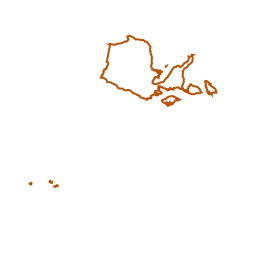 Seram Bagian Barat, Maluku, Indonesia (orthographic projection), rotated 207°
{"feature_id": "22746128B92585048181027", "entity_name": "Seram Bagian Barat", "entity_type": "district", "adm_level": 2, "iso_a3": "IDN", "parent_name": "Indonesia", "parent_adm1": "Maluku", "projection": "orthographic", "projection_center": [128.082, -2.474], "detail": "fine", "context": "isolated", "style": "outline", "palette": "amber", "viewbox_px": 256, "rotation_deg": 207, "n_neighbors": 0, "source": "geoboundaries", "source_scale": "gbopen_adm2", "svg_char_len": 6014}
<svg xmlns="http://www.w3.org/2000/svg" viewBox="0 0 256 256"><g transform="rotate(207 128 128)"><path d="M175.0,160.6L172.5,161.4L170.7,161.5L169.3,161.1L167.2,159.6L166.4,159.8L165.1,160.6L163.6,160.9L162.4,160.6L158.6,160.9L156.9,160.5L155.6,159.4L154.0,159.1L150.6,160.7L149.0,160.2L147.4,160.3L146.4,160.9L145.7,161.7L144.3,162.3L142.3,162.3L140.1,161.4L139.4,161.6L138.8,161.4L136.0,161.9L134.7,161.6L132.9,162.2L132.1,161.8L132.1,161.3L130.4,160.9L129.3,161.4L128.2,161.3L127.9,161.6L126.5,161.7L126.0,161.9L124.0,161.7L123.8,162.4L124.3,163.0L124.1,163.4L122.8,163.6L122.4,164.5L121.0,165.3L121.2,166.3L122.2,166.8L121.5,168.0L119.6,169.9L116.9,170.1L116.1,171.1L116.2,171.8L116.8,172.4L118.4,172.0L119.8,171.0L120.2,171.3L120.1,172.2L120.5,173.6L117.4,175.3L118.0,175.7L118.1,176.4L117.8,176.2L117.6,176.6L117.8,176.4L117.8,177.1L118.8,178.2L119.3,177.8L119.4,178.3L119.8,178.5L119.8,179.2L119.0,179.2L118.5,179.6L117.2,179.4L116.3,180.0L114.7,179.6L113.2,179.9L112.7,180.2L112.2,179.9L111.7,180.2L110.3,179.8L110.1,179.9L110.5,180.4L110.0,180.8L109.7,180.4L110.3,180.3L110.0,180.1L109.9,179.6L108.7,180.5L108.4,181.4L107.9,181.7L107.9,182.6L108.5,182.6L108.6,182.8L107.6,182.8L107.5,182.5L107.1,182.8L106.7,182.5L106.2,182.9L105.7,182.7L105.3,183.3L105.0,183.2L105.2,184.6L104.2,184.9L103.6,185.8L102.4,186.5L101.1,187.2L99.5,186.5L98.4,187.1L97.5,187.2L96.6,186.9L95.9,187.1L96.2,187.8L98.2,188.9L98.9,189.9L99.0,193.7L99.3,194.6L100.2,195.8L100.3,197.0L102.8,198.9L103.3,199.7L104.1,202.5L105.0,204.0L104.7,205.7L104.9,206.4L103.9,207.7L102.9,209.4L102.6,212.0L101.6,213.6L100.8,215.9L101.8,219.1L103.0,220.5L103.3,222.0L103.1,222.6L103.4,222.4L104.4,222.2L104.2,221.2L104.4,220.5L105.2,219.6L106.5,219.2L105.4,217.7L105.1,215.6L105.2,213.9L105.9,213.3L107.3,211.1L107.5,209.4L108.5,206.7L109.2,205.9L110.4,206.6L111.3,206.5L112.5,205.5L112.6,204.5L114.6,203.0L114.7,201.8L115.3,199.9L115.0,199.1L115.4,198.0L114.9,197.3L115.4,196.0L115.1,195.5L115.7,194.5L115.9,192.3L115.7,191.6L116.0,191.3L116.1,190.2L116.5,189.7L117.0,188.0L117.1,186.0L117.7,184.8L119.4,183.8L120.6,181.9L122.4,180.6L122.7,179.9L123.8,179.3L125.7,179.1L126.2,179.5L126.7,179.4L127.2,180.4L127.2,182.4L126.7,183.2L127.3,184.4L126.7,185.2L126.8,185.7L125.9,186.4L124.8,186.0L124.7,185.6L124.7,186.6L124.5,187.0L124.8,187.7L124.3,187.9L123.6,187.3L123.8,188.2L124.2,188.6L124.1,189.3L123.5,189.7L124.4,189.3L124.6,189.6L123.7,190.8L124.7,191.4L124.6,191.8L125.3,193.1L125.9,193.6L126.3,192.6L126.7,192.7L126.9,192.2L127.4,192.4L126.5,190.7L127.1,190.8L127.6,191.6L128.1,191.6L129.0,192.3L129.3,192.2L129.1,191.7L129.3,191.6L129.8,192.1L130.2,192.2L130.9,191.6L130.7,191.2L131.7,190.6L131.2,191.2L131.4,191.5L132.2,191.5L132.9,191.0L133.2,191.2L133.3,192.2L135.1,193.0L135.4,193.7L135.9,194.8L135.8,196.5L136.9,197.2L137.4,199.0L138.2,200.2L138.7,202.0L140.0,203.1L140.5,204.1L141.7,204.6L142.6,206.0L142.7,206.7L144.0,207.6L144.8,210.5L145.5,211.1L146.5,211.4L147.5,212.3L148.9,212.5L149.6,213.1L150.6,213.3L152.3,212.7L153.5,213.3L155.0,213.1L156.4,212.3L159.5,211.5L161.3,210.4L162.1,210.7L163.1,210.6L163.6,211.0L168.1,211.0L170.1,209.4L170.1,208.9L167.8,207.3L168.1,206.3L167.9,205.7L168.2,205.0L169.2,204.0L169.7,203.9L172.3,200.6L175.9,198.0L177.2,196.4L180.4,195.1L181.8,194.9L182.7,194.2L181.9,194.3L181.6,193.5L176.9,177.2L175.4,177.3L174.9,176.3L174.5,174.2L174.8,173.5L174.1,171.9L174.2,170.7L173.9,170.2L174.7,170.8L175.0,170.7L175.0,169.9L175.7,169.3L175.4,168.9L175.8,168.2L175.1,167.1L175.4,166.8L174.7,165.3L174.7,164.1L175.2,163.6L174.8,163.0L175.1,161.9L174.9,161.7L175.0,160.6ZM89.3,186.6L87.5,187.2L86.9,186.9L85.8,187.3L83.2,189.4L82.6,190.3L80.0,191.5L78.7,193.1L80.2,193.7L82.0,195.3L84.7,196.0L87.1,195.6L88.4,195.0L90.4,195.0L91.8,195.6L92.2,195.4L92.3,194.9L91.9,193.9L92.7,192.5L92.6,190.6L91.8,189.4L92.5,189.5L92.6,189.2L90.9,188.2L90.2,187.1L89.3,186.6ZM103.4,165.9L102.4,166.2L102.4,166.6L102.9,166.8L103.3,166.6L104.5,167.4L104.8,168.4L103.4,167.9L102.6,169.2L101.8,169.3L101.9,169.6L101.6,169.4L101.7,169.7L100.7,170.0L99.4,170.1L99.5,170.8L98.8,171.5L98.5,173.0L98.6,173.9L97.2,175.0L96.5,174.9L95.1,176.5L96.1,176.3L96.6,176.8L97.2,176.6L98.1,177.0L99.1,176.5L99.5,176.8L100.7,176.7L100.5,176.9L100.7,177.0L102.5,176.8L103.3,176.5L106.1,174.2L106.9,173.1L107.4,171.2L110.2,168.5L110.1,167.9L109.1,166.9L107.4,166.8L105.8,167.1L104.4,166.6L103.4,165.9ZM73.0,195.6L72.4,195.8L72.3,196.4L71.9,196.3L71.9,196.5L71.1,195.9L69.5,196.5L68.7,196.0L69.1,196.8L69.0,197.7L67.9,198.5L65.6,199.3L65.7,200.1L65.9,200.0L67.4,202.1L70.2,202.9L72.3,202.9L73.9,203.5L75.4,203.6L75.9,204.6L76.8,205.4L78.1,205.3L78.9,205.6L80.3,205.2L80.5,204.8L80.4,204.3L78.5,202.9L78.1,202.0L78.2,201.0L77.5,200.0L77.3,199.9L76.6,200.1L75.8,198.6L75.0,198.2L74.7,197.5L73.9,197.2L73.4,196.5L73.8,196.5L73.7,196.4L72.9,196.7L72.6,196.4L73.3,195.9L73.0,195.6ZM103.4,167.3L102.9,166.9L102.9,167.1L101.1,167.7L99.4,169.2L99.1,169.9L100.3,169.9L101.0,169.3L102.1,169.1L102.3,168.6L103.1,168.1L103.4,167.3ZM94.4,186.6L91.4,186.6L90.5,186.9L91.0,187.8L91.5,187.6L92.5,187.7L93.2,188.4L93.7,188.0L93.0,187.0L93.9,187.1L94.1,187.7L95.7,187.0L94.4,186.6ZM190.1,33.5L189.1,33.4L188.7,33.8L188.7,34.4L189.1,35.1L190.2,34.3L190.4,33.9L190.1,33.5ZM173.2,45.7L173.6,45.3L173.6,44.7L173.4,44.3L172.7,44.3L172.4,44.8L172.4,45.4L173.2,45.7ZM115.1,173.2L114.6,173.0L114.2,173.5L113.9,174.9L114.3,175.1L114.7,174.9L115.1,173.2ZM164.9,44.9L165.7,44.5L165.7,43.8L165.1,43.7L164.4,44.0L164.4,44.7L164.9,44.9ZM70.9,194.8L70.4,195.5L71.8,195.8L71.9,196.1L72.2,195.2L70.9,194.8ZM124.8,193.5L124.6,192.1L123.3,193.5L123.5,193.7L124.1,193.3L124.8,193.5ZM171.8,45.1L171.3,44.4L170.8,44.8L171.4,45.4L171.8,45.1ZM166.3,43.1L167.2,42.7L167.0,42.2L166.2,42.6L166.0,43.0L166.3,43.1ZM121.9,200.7L122.9,199.3L122.7,199.4L122.4,199.6L121.9,200.2L121.9,200.7ZM74.4,204.2L74.1,204.3L74.2,204.8L74.7,204.7L74.4,204.2ZM70.0,195.9L69.2,195.8L69.5,196.2L70.0,195.9ZM116.8,175.5L116.2,175.4L116.0,175.5L116.8,175.5Z" fill="none" stroke="#b45309" stroke-width="2"/></g></svg>